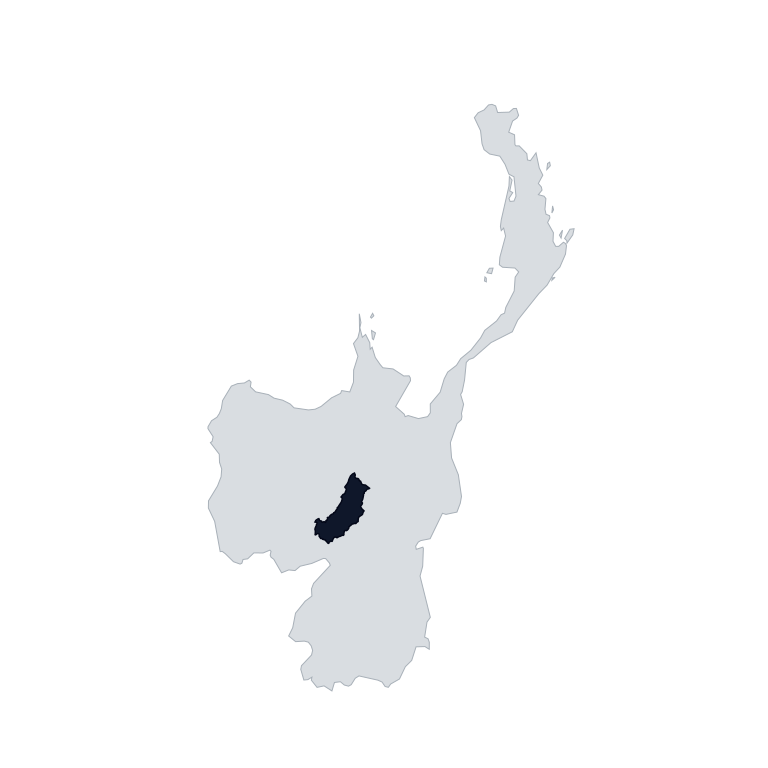 location of Phetchabun within Thailand, rotated 203°
{"feature_id": "THA-402", "entity_name": "Phetchabun", "entity_type": "Province", "adm_level": 1, "iso_a3": "THA", "parent_name": "Thailand", "parent_adm1": "", "projection": "natural_earth1", "projection_center": [101.234, 16.209], "detail": "fine", "context": "in_parent", "style": "filled", "palette": "ink", "viewbox_px": 768, "rotation_deg": 203, "n_neighbors": 0, "source": "natural_earth", "source_scale": "10m", "svg_char_len": 8879}
<svg xmlns="http://www.w3.org/2000/svg" viewBox="0 0 768 768"><g transform="rotate(203 384 384)"><path d="M335.2,83.0L335.8,86.0L338.6,82.1L342.1,80.2L349.1,88.8L349.9,92.5L344.8,106.2L345.6,110.9L348.8,114.6L352.8,116.8L356.9,116.2L364.7,112.3L373.3,114.8L372.8,124.0L375.9,138.5L371.7,153.3L367.5,160.6L370.7,167.1L370.9,173.0L362.6,196.1L364.3,197.9L369.5,200.5L371.7,199.7L380.4,190.6L390.0,183.5L393.0,177.5L399.1,175.6L404.5,170.2L417.0,179.6L420.3,180.4L421.9,182.0L422.6,185.8L424.1,186.5L429.3,181.2L437.8,177.7L441.2,169.8L445.2,167.4L444.8,163.5L446.1,162.0L453.1,161.6L463.8,165.8L467.5,166.7L469.3,165.7L486.2,191.4L497.2,201.2L499.9,207.9L497.4,225.1L497.7,234.9L500.2,242.4L504.8,247.6L508.2,255.0L520.9,262.2L519.8,264.0L520.7,268.7L528.6,274.1L529.3,275.9L528.4,282.8L524.8,288.1L524.0,292.4L524.1,297.7L526.1,305.8L523.7,322.4L519.0,327.1L512.9,330.4L509.6,334.9L507.1,333.8L505.9,329.2L499.1,326.6L486.2,329.1L479.7,328.0L471.0,329.5L462.5,328.9L457.5,326.9L443.4,330.6L437.5,333.9L433.2,338.7L426.8,350.9L420.3,358.4L420.4,361.4L412.4,363.3L412.8,373.7L417.4,385.0L418.8,399.3L427.9,409.3L426.1,416.4L427.2,423.2L434.2,439.0L429.2,431.5L428.2,426.4L422.2,418.5L420.3,422.4L413.3,416.5L410.3,410.6L409.3,413.2L402.4,405.0L395.3,400.5L391.4,398.5L381.5,401.4L369.0,399.1L364.1,401.3L362.2,399.9L360.9,397.4L364.5,367.8L353.6,364.1L351.8,362.2L349.4,364.4L338.8,365.6L331.1,371.0L330.1,375.6L333.6,383.7L329.1,398.4L330.6,412.3L330.0,419.9L324.6,429.5L323.3,437.3L317.2,449.1L313.1,464.1L312.2,472.8L305.0,486.0L303.3,493.5L300.7,496.3L301.8,502.2L300.5,520.5L305.0,533.6L303.8,539.8L308.8,541.9L320.5,537.8L324.4,538.8L326.9,546.1L329.9,567.7L334.8,574.3L336.0,571.0L338.4,574.5L340.2,580.9L346.3,615.0L349.6,623.9L345.8,621.7L343.7,610.9L340.3,610.5L341.5,603.7L339.3,601.3L335.8,603.2L335.9,608.5L345.3,625.5L351.0,626.0L358.4,633.5L366.4,639.0L376.5,637.0L383.4,638.8L387.6,643.4L394.1,654.9L404.9,664.5L403.3,670.5L399.0,675.3L396.8,681.7L393.9,683.6L389.9,683.6L385.5,678.3L374.9,683.2L372.5,688.1L369.8,689.4L365.1,683.9L365.5,680.8L368.4,676.3L367.6,664.5L361.2,664.4L357.0,655.5L355.6,654.7L352.6,656.0L342.5,651.8L339.5,646.3L336.5,646.8L334.4,656.2L325.5,643.5L319.4,638.3L320.3,628.9L316.1,626.8L314.3,624.2L315.9,618.6L310.1,619.4L307.4,617.9L304.1,607.7L301.2,603.6L297.4,603.6L296.2,601.7L296.5,596.6L287.2,589.5L284.2,581.4L279.8,577.8L277.0,578.9L274.2,584.6L272.0,584.3L270.1,582.7L267.7,574.5L267.8,560.3L270.8,552.0L272.5,538.8L276.8,527.6L285.9,495.0L286.3,482.2L301.7,463.9L311.9,442.9L315.3,439.8L316.7,436.0L311.4,419.1L309.0,407.4L309.4,404.3L302.8,396.4L301.2,387.2L299.5,384.4L298.9,381.4L301.3,376.0L300.0,356.0L292.9,342.3L280.1,329.5L268.7,310.7L267.2,304.0L266.8,294.6L276.0,288.2L279.7,287.8L281.1,259.6L289.0,254.2L290.7,251.9L291.5,247.1L289.7,244.4L284.5,249.0L283.5,248.0L277.2,231.4L275.8,221.3L250.2,187.3L251.4,181.6L247.7,166.9L243.9,166.7L241.4,164.0L238.7,157.5L243.7,158.3L251.8,154.6L250.5,140.4L253.9,132.1L254.5,118.5L260.6,110.5L261.5,106.5L264.8,106.0L269.3,108.9L273.9,109.0L293.0,105.5L295.5,101.9L296.7,94.4L298.6,92.0L302.9,91.4L307.8,92.9L313.0,89.9L312.0,81.1L321.2,82.7L327.1,78.6L335.2,83.0ZM274.6,588.5L273.3,599.1L269.7,601.2L268.5,595.0L270.6,585.1L271.7,587.4L274.6,588.5ZM332.8,526.6L332.2,531.7L328.9,533.3L328.1,527.6L332.8,526.6ZM412.4,421.1L416.4,428.4L411.8,427.7L411.0,420.7L412.4,421.1ZM318.2,652.9L316.2,649.9L317.9,645.0L319.6,650.9L318.2,652.9ZM280.7,589.6L279.8,595.4L278.0,587.5L280.7,589.6ZM332.9,522.0L331.2,521.4L329.7,518.0L331.8,518.1L332.9,522.0ZM296.3,607.0L298.4,613.8L296.0,610.6L296.3,607.0ZM422.6,440.3L422.1,444.6L420.0,442.8L421.3,439.7L422.6,440.3ZM270.4,547.4L268.2,549.1L270.0,545.0L270.4,547.4Z" fill="#d9dde1" stroke="#a8b0b8" stroke-width="1"/><path d="M393.6,230.0L393.5,231.0L393.5,231.4L393.5,231.7L393.0,232.7L392.4,233.5L392.2,233.9L392.0,234.0L391.8,234.2L391.6,234.4L391.5,234.5L391.4,234.6L391.1,234.4L390.9,234.3L390.4,233.5L390.2,233.4L389.9,233.3L389.5,233.2L389.0,233.2L388.6,233.3L388.2,233.4L387.9,233.4L387.7,233.3L387.6,233.2L387.4,233.0L387.3,232.8L387.2,232.7L386.9,232.5L386.7,232.6L386.4,232.9L386.1,233.1L385.9,233.3L385.6,233.7L385.5,233.8L385.4,233.9L385.1,233.9L384.9,233.8L384.6,233.6L384.3,233.5L384.2,233.5L383.9,233.6L383.7,233.9L383.7,234.2L383.7,234.6L383.8,234.8L383.9,235.0L384.0,235.2L384.0,235.4L384.0,235.6L383.8,235.9L383.7,236.1L383.4,236.2L383.3,236.5L383.3,236.8L383.3,237.6L383.3,238.0L383.4,238.3L383.7,238.6L383.8,238.7L383.9,238.8L383.8,239.0L383.7,239.2L383.6,239.3L383.1,239.6L382.7,239.9L382.3,240.2L382.2,240.3L382.1,240.5L382.1,240.8L382.3,241.3L382.3,241.5L382.1,242.0L381.9,242.5L381.7,242.7L381.6,242.8L381.5,243.2L381.4,243.4L381.3,243.5L381.0,243.7L380.3,244.5L380.1,244.7L380.0,244.9L379.9,245.0L380.0,245.4L380.0,245.6L380.0,245.8L379.8,246.0L379.6,246.3L379.4,246.5L379.2,246.7L379.1,246.9L378.6,250.0L378.4,250.3L378.3,250.5L378.1,250.7L378.1,250.8L378.1,251.1L378.3,251.3L378.4,251.5L378.6,251.6L378.7,251.8L378.7,252.0L378.6,252.3L378.5,252.5L378.3,252.7L378.2,252.8L378.1,253.0L377.9,253.3L377.9,253.5L378.0,254.0L378.0,254.3L377.2,258.5L377.2,258.9L377.4,261.0L377.5,261.7L377.7,262.2L377.8,262.4L377.9,262.5L378.0,262.6L378.5,262.8L378.8,262.9L379.1,263.0L379.3,263.1L379.4,263.4L379.3,263.6L379.0,264.5L378.7,265.9L378.5,266.3L378.4,266.5L378.2,266.7L378.1,266.8L377.8,267.1L377.6,267.3L377.4,267.5L377.3,267.8L377.3,268.2L377.4,271.9L377.5,272.1L377.5,272.3L378.4,273.2L378.5,273.3L379.1,273.3L379.3,273.4L379.5,273.5L379.7,273.8L379.8,274.1L379.7,274.4L379.6,274.9L379.1,276.7L378.8,278.2L378.7,280.0L378.7,280.3L378.8,280.9L378.9,281.6L379.0,282.3L379.0,283.9L378.9,284.9L378.9,285.9L378.9,286.2L377.9,288.6L377.6,289.1L376.4,290.5L375.1,289.3L374.8,288.8L374.8,288.2L374.7,287.9L374.6,287.6L374.3,286.9L374.1,286.7L373.6,286.5L372.7,286.3L371.6,286.7L371.2,286.8L370.8,286.8L370.3,286.6L370.1,286.5L369.9,286.4L369.1,285.6L368.9,285.4L368.7,285.3L368.0,285.4L367.7,285.4L367.4,285.3L367.3,285.1L367.0,284.7L365.3,283.2L365.0,283.1L364.9,283.0L364.3,283.0L363.3,283.2L361.7,283.7L361.4,283.7L359.7,283.2L356.6,282.4L356.9,281.7L357.2,281.4L357.8,281.2L358.0,281.0L358.1,280.9L358.4,280.5L358.6,280.2L358.8,279.2L358.9,278.7L359.0,278.4L359.8,277.3L359.9,277.1L359.9,276.9L359.9,276.6L359.5,275.9L359.5,275.6L359.6,275.4L359.8,275.0L359.8,274.9L359.8,274.7L359.8,274.4L359.4,273.6L359.1,272.3L358.6,269.8L358.6,268.6L358.7,268.0L358.7,267.7L358.7,267.3L358.7,267.1L358.5,266.9L358.2,266.5L358.0,266.4L357.8,266.3L357.4,266.1L357.3,265.9L357.2,264.5L357.7,262.8L357.7,262.2L357.1,261.5L356.7,261.2L356.3,261.0L355.5,260.4L355.3,260.3L352.9,259.5L352.8,259.4L352.9,258.9L353.1,257.6L353.1,257.4L352.9,255.9L352.9,255.5L353.1,255.1L353.3,254.7L354.8,252.5L355.0,252.0L355.1,251.8L355.1,251.6L355.2,251.3L355.2,251.0L355.2,250.8L354.8,249.2L354.1,247.3L355.0,246.0L355.2,245.3L355.3,244.8L355.4,244.6L355.5,244.5L356.2,244.3L356.8,244.0L357.7,243.2L358.0,243.0L358.5,242.9L358.6,242.7L358.7,242.2L359.0,241.6L360.1,239.6L360.3,239.1L360.4,238.9L360.4,238.6L360.3,238.3L360.2,237.7L360.1,237.2L360.2,236.7L360.6,235.3L360.8,235.0L360.9,234.9L361.4,234.3L361.6,234.2L361.9,234.1L362.2,234.1L362.4,234.1L362.6,234.0L363.1,233.4L363.2,233.2L362.9,232.7L362.8,232.4L362.8,232.2L362.9,231.8L362.8,231.6L362.7,231.4L362.6,231.1L362.6,230.8L362.6,230.6L362.4,230.3L362.2,230.0L362.1,229.8L362.1,229.6L362.1,229.1L362.3,228.8L362.4,228.7L362.6,228.6L362.8,228.6L363.0,228.6L363.4,228.4L364.1,227.5L364.5,227.1L365.0,226.5L365.1,226.4L365.5,226.3L365.7,226.1L366.0,225.7L367.1,224.2L367.3,224.1L368.1,224.2L369.3,224.1L369.5,223.8L369.5,223.7L369.9,223.4L370.0,223.3L370.1,223.2L370.2,222.9L370.1,222.2L370.2,221.8L370.3,221.3L370.4,220.7L370.4,220.3L370.2,219.8L370.2,219.7L370.2,219.4L370.3,219.0L370.3,218.9L370.5,218.8L370.7,218.7L370.8,218.7L371.1,218.7L371.4,218.7L371.6,218.6L371.8,218.4L371.9,218.2L372.0,218.1L372.2,217.6L372.5,217.3L372.5,217.2L372.6,216.9L372.7,216.6L372.7,216.4L372.6,216.1L372.6,215.8L372.7,215.7L372.8,215.6L373.2,215.5L374.1,215.9L375.4,216.6L376.5,217.0L376.8,217.4L376.9,217.5L377.1,217.6L377.3,217.6L377.7,217.3L377.9,217.3L378.2,217.2L378.4,217.2L378.5,217.2L379.1,217.4L379.4,217.4L379.5,217.4L379.7,217.2L379.8,217.1L380.0,217.2L380.6,217.5L380.8,217.5L381.0,217.5L381.6,217.1L381.8,217.1L382.0,217.1L382.3,217.3L383.3,218.0L383.5,218.1L384.0,218.3L384.2,218.5L384.9,220.3L385.4,220.5L385.6,220.6L385.8,220.6L386.1,220.6L386.3,220.5L386.4,220.4L386.9,220.2L387.0,220.1L387.2,219.9L387.3,219.7L387.4,219.4L387.5,219.1L387.8,218.7L388.1,218.4L388.3,218.3L388.6,218.5L388.8,219.4L389.8,221.9L390.0,222.2L390.6,222.9L390.7,223.1L390.9,223.6L391.0,224.3L391.1,224.9L391.0,227.2L391.0,227.4L391.2,228.1L391.3,228.4L391.3,228.6L391.1,229.2L391.1,229.5L391.1,229.8L391.2,230.0L391.3,230.1L391.6,230.3L392.1,230.3L393.6,230.0Z" fill="#0f172a" stroke="#020617" stroke-width="1.5"/></g></svg>